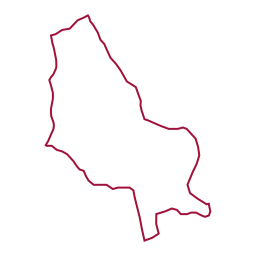 outline of Kilju, Hamgyŏng-bukto, North Korea
{"feature_id": "82179303B12447049329197", "entity_name": "Kilju", "entity_type": "district", "adm_level": 2, "iso_a3": "PRK", "parent_name": "North Korea", "parent_adm1": "Hamgyŏng-bukto", "projection": "equal_earth", "projection_center": [129.165, 41.006], "detail": "fine", "context": "isolated", "style": "outline", "palette": "rose", "viewbox_px": 256, "rotation_deg": 0, "n_neighbors": 0, "source": "geoboundaries", "source_scale": "gbopen_adm2", "svg_char_len": 1309}
<svg xmlns="http://www.w3.org/2000/svg" viewBox="0 0 256 256"><path d="M208.8,203.8L206.6,204.3L197.6,198.7L190.0,193.1L187.5,184.7L192.7,172.1L196.7,163.8L199.3,155.4L198.1,147.0L195.6,138.6L191.8,134.5L186.7,128.9L182.9,127.5L177.8,128.9L168.8,128.9L161.1,126.1L154.7,123.3L148.3,120.5L144.5,119.2L141.7,110.9L140.5,105.6L140.8,101.0L135.8,87.1L126.9,81.5L120.6,70.4L115.6,63.4L110.5,57.8L106.7,49.5L104.2,43.9L100.4,39.7L97.9,32.8L92.9,24.4L90.4,21.6L89.1,17.5L87.9,15.4L84.0,17.5L77.6,20.3L72.4,25.8L69.8,28.6L62.1,30.0L55.6,34.2L51.0,35.4L52.3,42.7L53.9,48.4L56.2,60.0L56.4,66.7L55.6,69.4L53.4,74.3L51.1,77.0L49.3,80.0L51.0,85.5L52.9,93.0L52.9,98.5L51.0,108.8L50.9,111.4L51.3,116.5L53.3,121.8L53.9,124.7L53.7,127.5L53.2,129.8L51.5,133.3L48.2,141.0L46.6,143.7L45.7,145.1L46.6,145.8L51.7,145.8L56.8,149.9L61.9,151.3L67.0,154.1L73.4,161.1L77.2,166.7L79.7,169.5L83.6,170.8L86.1,176.4L88.6,180.6L93.7,184.8L98.8,184.8L106.5,184.8L112.9,189.0L118.1,187.6L123.2,187.6L129.6,187.6L133.4,190.4L134.7,197.3L137.1,207.1L139.6,216.9L142.0,229.5L144.5,240.6L152.2,237.8L158.7,233.6L156.2,223.9L156.3,214.1L165.4,211.3L171.8,208.5L176.9,209.9L180.8,214.1L187.2,214.1L191.1,212.6L196.2,212.6L201.3,215.4L205.1,216.8L209.0,215.4L210.3,211.2L209.1,205.6L208.8,203.8Z" fill="none" stroke="#9f1239" stroke-width="2"/></svg>